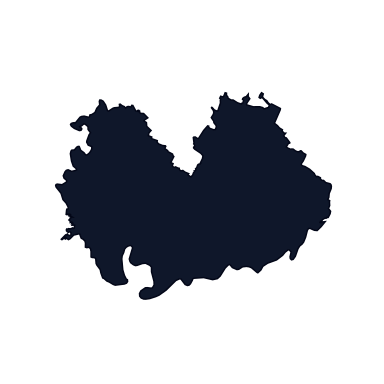 Gopalganj, Dhaka, Bangladesh (orthographic projection), rotated 290°
{"feature_id": "16705992B87804307332289", "entity_name": "Gopalganj", "entity_type": "district", "adm_level": 2, "iso_a3": "BGD", "parent_name": "Bangladesh", "parent_adm1": "Dhaka", "projection": "orthographic", "projection_center": [89.898, 23.107], "detail": "fine", "context": "isolated", "style": "filled", "palette": "ink", "viewbox_px": 384, "rotation_deg": 290, "n_neighbors": 0, "source": "geoboundaries", "source_scale": "gbopen_adm2", "svg_char_len": 5984}
<svg xmlns="http://www.w3.org/2000/svg" viewBox="0 0 384 384"><g transform="rotate(290 192 192)"><path d="M209.7,327.3L208.7,325.3L207.1,324.0L207.1,322.7L208.2,322.7L208.8,323.9L210.6,324.0L212.8,325.8L213.4,327.2L214.5,327.5L214.4,328.4L214.8,328.7L218.8,329.2L221.3,328.8L223.1,325.9L226.3,326.0L229.8,324.5L230.9,324.4L231.4,322.2L233.8,322.4L237.5,321.4L242.7,321.6L245.1,321.0L246.5,320.0L247.0,318.9L246.6,314.5L247.9,311.7L247.3,309.9L248.3,308.1L249.3,307.8L249.7,304.8L248.9,303.8L250.3,301.3L251.2,300.6L253.6,294.7L254.6,289.3L254.4,286.6L255.0,285.4L256.2,285.1L259.2,285.9L264.7,286.4L266.2,286.1L266.7,283.1L268.0,280.6L267.9,280.0L266.2,278.4L265.9,277.1L266.0,275.1L266.9,272.4L266.5,271.0L265.9,270.2L266.1,266.7L266.6,265.2L270.6,266.0L271.4,267.1L271.9,267.0L275.1,262.1L274.9,260.9L276.2,258.9L279.3,259.9L278.8,258.5L280.1,255.8L281.4,255.7L282.1,252.2L283.6,249.6L284.8,245.9L299.4,246.8L300.7,246.5L301.9,237.1L301.9,236.5L300.8,235.6L302.0,232.9L303.4,231.0L303.8,228.8L305.1,226.2L305.9,225.6L308.6,225.4L309.1,223.4L306.1,222.6L303.8,222.7L303.4,224.1L304.6,225.2L304.5,226.3L301.2,232.1L300.1,235.0L297.7,235.0L294.8,231.3L295.5,229.6L295.3,226.5L293.0,220.4L292.6,213.6L293.2,213.2L294.7,213.2L299.4,214.4L301.0,212.1L303.1,211.4L300.1,210.3L298.9,208.7L297.3,207.7L296.3,207.8L296.0,209.2L292.6,209.3L292.4,208.4L291.5,208.1L291.4,204.2L292.5,199.2L291.8,197.3L292.4,194.0L293.9,192.8L294.6,191.4L296.7,190.6L296.6,189.2L293.3,189.1L291.9,188.6L291.8,186.2L289.6,186.0L289.4,187.1L288.0,187.2L285.3,188.3L277.2,188.5L276.6,187.7L276.7,185.0L278.3,182.1L278.3,181.6L277.8,181.5L275.9,184.2L274.4,185.2L272.4,185.5L268.5,184.7L265.9,188.3L264.6,188.9L262.6,192.1L261.2,192.6L258.7,192.6L257.9,190.9L257.9,187.2L258.5,185.5L259.6,185.2L259.5,184.1L253.8,181.9L244.4,179.8L244.2,178.5L244.8,176.3L244.2,174.9L243.6,174.6L238.6,177.2L237.8,177.1L237.3,178.0L236.2,178.8L235.2,178.9L234.8,178.2L234.0,178.4L233.2,179.8L231.4,187.1L229.8,189.9L227.0,190.4L221.9,189.9L221.9,190.3L221.1,190.0L220.3,188.6L219.3,188.1L216.4,188.1L215.0,187.4L214.2,188.1L212.9,187.6L212.6,186.9L211.9,187.4L210.4,186.8L208.4,186.9L205.8,185.9L206.6,182.5L207.2,182.2L208.1,182.6L208.3,178.6L209.1,176.0L208.2,174.7L208.1,173.8L209.1,172.1L209.9,171.9L209.7,170.4L210.0,168.0L209.2,167.3L209.2,165.6L209.7,164.6L212.2,164.5L212.3,162.0L219.1,162.8L219.7,161.7L221.0,160.7L221.7,155.6L222.6,155.0L223.4,151.8L225.2,151.5L225.7,151.8L226.3,151.3L225.6,148.3L225.8,144.0L227.0,142.1L228.4,141.8L228.3,135.6L229.9,135.4L230.0,131.7L232.9,131.3L235.8,132.5L238.2,127.0L241.7,125.4L242.2,122.8L242.8,122.5L243.6,122.9L246.6,125.1L249.2,119.7L248.3,116.6L248.7,115.9L250.0,115.1L249.3,114.7L249.3,113.7L249.9,114.4L250.5,113.9L250.0,113.0L249.0,112.5L248.9,111.5L253.1,106.8L252.8,105.7L251.0,105.6L250.7,103.2L250.0,101.9L248.1,100.9L249.1,99.2L249.2,96.9L250.0,94.4L249.5,93.8L248.0,94.6L246.6,94.5L244.6,90.2L243.7,89.1L239.4,85.9L239.7,84.6L244.2,81.1L246.9,77.5L247.3,75.2L246.9,73.9L245.5,73.9L242.3,75.5L238.1,73.9L233.5,73.6L230.5,71.3L229.5,69.7L227.7,69.9L226.9,69.4L226.4,64.7L225.2,62.4L224.0,61.2L216.5,58.6L216.9,57.7L215.9,56.0L215.0,55.0L213.8,54.8L212.6,56.2L211.5,59.7L211.2,65.2L212.0,66.6L213.6,66.9L214.3,66.2L214.5,64.5L215.0,64.0L216.2,65.5L218.9,67.0L219.2,68.3L217.9,71.9L215.2,73.0L212.9,76.4L210.6,75.7L203.9,75.7L202.8,76.0L200.5,78.5L200.4,82.3L198.1,83.1L196.2,82.9L193.7,82.3L191.1,80.8L190.7,80.1L190.6,79.2L192.0,77.0L193.1,73.2L196.2,70.4L195.9,69.4L194.7,68.3L191.3,67.1L190.2,64.7L189.1,64.3L186.4,64.6L179.9,68.2L175.7,71.6L174.3,75.4L173.4,76.0L172.2,74.9L170.2,71.8L170.5,68.0L169.4,66.5L167.6,65.8L163.2,65.5L161.2,67.1L160.1,70.1L159.2,70.6L158.3,70.5L154.4,67.4L153.3,62.6L152.5,61.7L151.4,61.7L150.1,62.7L146.0,69.4L140.7,73.4L138.6,77.4L135.6,80.7L134.3,81.3L133.4,81.1L133.2,80.3L132.2,80.3L127.9,81.4L127.9,82.4L128.7,82.7L128.7,83.3L129.5,84.4L129.2,85.7L128.6,85.8L128.5,84.3L127.5,84.4L127.5,85.3L127.9,85.0L128.0,85.4L127.5,88.3L126.9,87.0L126.3,87.1L125.9,86.4L125.2,86.6L123.6,85.9L122.6,87.9L121.9,88.0L122.5,88.6L121.9,89.1L122.6,89.8L122.2,90.3L121.1,89.9L121.4,90.8L119.8,90.6L120.7,93.1L117.5,93.7L117.1,92.9L117.5,92.2L115.8,90.4L115.3,88.4L114.6,88.3L114.5,87.0L113.9,86.8L112.6,87.3L112.0,88.5L111.8,89.8L112.9,90.5L112.5,92.0L110.4,93.0L109.3,92.1L109.2,90.2L109.9,89.2L108.7,88.8L108.6,88.0L108.1,87.7L102.9,85.3L102.7,85.7L103.0,86.4L106.2,88.2L106.1,89.0L104.7,88.5L104.4,89.0L105.6,90.1L105.0,92.2L106.4,93.4L111.1,95.6L114.1,100.2L114.1,100.8L110.7,103.7L110.4,105.8L109.2,108.3L107.5,109.4L103.7,110.7L103.7,112.1L104.8,114.1L104.1,115.9L101.6,117.5L96.4,119.4L96.3,120.5L97.0,123.0L96.3,124.4L92.0,126.4L90.8,127.6L87.7,132.3L84.9,134.0L80.7,137.5L80.6,139.0L79.2,142.5L79.1,145.0L78.2,149.6L78.2,151.7L82.4,159.9L83.9,161.6L85.8,162.1L87.5,161.3L87.6,160.1L90.5,157.0L95.1,153.6L105.1,148.9L108.2,148.2L111.7,148.5L115.3,148.2L117.5,149.0L119.2,150.3L120.5,152.0L120.7,153.2L120.0,154.7L118.8,155.3L107.6,156.0L105.6,157.4L104.6,158.6L103.6,161.8L103.5,164.0L104.3,165.5L107.8,169.8L109.2,172.7L108.7,177.5L107.6,179.6L103.1,181.3L95.0,186.9L91.8,188.2L88.4,187.6L87.6,186.4L86.8,182.7L86.0,180.9L81.6,177.8L78.7,177.4L76.2,178.5L75.0,180.5L74.9,183.3L75.6,185.3L77.4,188.7L81.3,193.7L83.8,196.3L90.9,201.2L103.3,207.1L106.1,209.9L106.5,211.3L102.7,217.2L102.6,219.7L103.5,221.1L105.2,221.9L109.2,222.5L110.5,222.3L111.7,223.4L115.6,232.3L116.7,241.4L119.3,245.5L122.6,247.2L131.9,249.2L135.6,250.9L136.7,251.8L136.5,252.9L134.8,255.8L134.5,260.8L135.4,262.4L139.0,265.1L140.7,268.5L141.3,271.3L141.2,273.8L138.7,280.5L138.6,281.5L142.3,283.4L146.4,284.0L151.0,287.4L157.1,294.7L163.5,298.8L167.3,300.1L170.5,302.1L170.8,302.8L170.7,303.6L169.4,305.7L164.6,306.3L163.0,307.2L162.3,308.7L163.3,310.1L166.9,311.1L175.0,311.0L178.2,311.7L180.6,313.2L183.1,314.0L188.4,314.2L195.4,313.5L197.6,314.0L198.2,315.6L197.9,320.1L198.6,322.8L203.6,325.2L209.7,327.3Z" fill="#0f172a" stroke="#020617" stroke-width="1.5"/></g></svg>